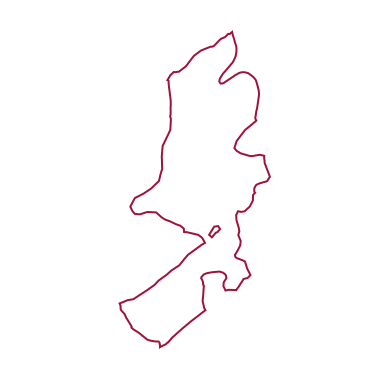 the district of Az Zaydiah, Al Hudaydah, Yemen, rotated 140°
{"feature_id": "15242507B8611350311836", "entity_name": "Az Zaydiah", "entity_type": "district", "adm_level": 2, "iso_a3": "YEM", "parent_name": "Yemen", "parent_adm1": "Al Hudaydah", "projection": "albers", "projection_center": [43.054, 15.3], "detail": "fine", "context": "isolated", "style": "outline", "palette": "rose", "viewbox_px": 384, "rotation_deg": 140, "n_neighbors": 0, "source": "geoboundaries", "source_scale": "gbopen_adm2", "svg_char_len": 4727}
<svg xmlns="http://www.w3.org/2000/svg" viewBox="0 0 384 384"><g transform="rotate(140 192 192)"><path d="M151.4,146.1L151.2,146.2L150.7,146.4L148.5,149.0L147.1,150.5L145.4,150.7L144.9,150.8L144.4,150.9L144.1,150.9L144.1,152.2L141.9,154.8L138.9,156.0L138.1,156.1L136.6,155.8L135.4,155.4L132.4,154.2L127.6,152.0L122.6,153.6L121.9,155.3L121.2,157.4L120.9,158.2L120.5,159.4L120.4,159.7L120.0,160.9L118.4,165.4L118.4,165.5L117.9,167.1L117.2,168.2L117.0,168.5L116.0,169.8L115.1,171.4L113.9,172.7L113.4,173.3L116.1,176.9L122.9,180.9L123.1,181.0L124.6,182.5L128.1,187.7L129.7,190.1L129.9,190.4L130.1,191.0L130.2,191.4L131.1,194.1L131.4,194.9L131.3,198.4L128.0,200.5L124.9,202.4L118.1,203.9L111.4,205.4L104.6,205.3L102.6,205.3L98.0,205.3L96.9,205.3L96.6,206.5L96.1,207.9L96.0,208.0L94.2,209.5L92.5,211.1L90.4,212.9L88.7,214.0L85.3,217.0L82.9,219.1L81.8,220.2L79.3,222.3L77.2,224.5L76.3,226.0L75.2,227.6L74.7,228.7L74.4,229.4L74.4,229.5L74.0,230.2L71.7,235.3L71.1,237.2L71.1,240.8L71.7,243.4L72.6,247.0L74.6,249.8L76.2,251.2L77.6,252.1L79.4,252.9L81.8,253.3L83.9,253.8L85.7,253.8L87.6,254.1L93.4,254.7L98.3,255.2L100.3,256.6L100.3,257.7L100.0,259.3L97.7,261.0L92.3,262.7L87.3,263.5L77.6,265.1L74.3,266.4L71.0,268.2L67.8,270.9L65.8,273.2L64.4,275.2L62.9,279.0L62.3,280.3L61.5,282.0L60.7,284.0L60.1,285.3L59.9,285.9L58.4,288.8L61.5,288.8L62.7,289.9L67.0,289.4L71.3,290.7L71.4,290.8L76.6,290.3L81.6,289.8L83.4,290.5L84.2,291.3L90.5,293.4L94.3,294.6L102.7,295.1L105.8,294.5L115.8,292.2L124.8,292.6L126.0,293.5L127.7,294.4L128.8,295.6L131.2,295.5L133.6,295.4L136.2,294.4L137.7,293.9L138.9,293.5L138.7,293.1L138.5,292.2L140.3,289.9L141.0,288.9L141.4,288.3L142.7,286.4L143.5,285.0L144.5,283.5L145.4,282.1L146.4,280.6L148.1,277.9L149.4,276.0L150.9,274.1L152.3,272.3L153.5,271.2L155.1,269.3L156.1,268.0L156.2,267.8L157.1,266.9L157.3,266.6L158.8,264.9L159.3,264.5L160.0,264.2L161.1,261.7L161.3,261.4L162.5,260.1L168.6,253.6L171.5,252.2L175.2,250.5L176.8,249.8L183.0,247.0L185.1,246.0L187.1,243.9L188.9,242.1L191.0,240.0L192.4,238.5L192.7,238.2L194.2,236.2L196.0,233.9L198.5,230.8L200.0,228.9L200.6,228.4L201.7,227.8L203.3,226.7L205.1,225.5L208.2,223.2L210.2,221.7L221.3,220.9L223.6,221.2L230.1,221.9L232.2,222.4L236.7,223.4L236.9,223.4L238.0,223.7L239.7,224.1L248.6,220.5L248.7,220.4L248.9,219.4L249.0,219.1L249.9,215.8L249.9,215.2L249.9,212.1L249.7,211.9L246.5,208.5L244.4,207.6L239.2,205.5L232.5,199.3L232.3,197.5L232.1,196.4L231.7,192.7L230.5,188.6L229.2,186.2L227.7,183.8L227.7,183.7L225.6,179.0L225.1,177.8L224.9,177.6L224.8,177.3L222.7,173.8L222.1,170.9L221.8,169.2L223.8,166.4L222.8,165.5L221.9,164.7L214.7,155.1L214.6,154.6L213.9,151.5L213.7,150.3L214.1,147.9L214.8,144.7L219.1,145.4L222.6,145.6L235.8,146.5L238.2,146.0L240.2,145.7L245.3,144.7L248.9,144.0L249.9,144.1L251.6,144.3L253.5,144.6L254.2,144.6L256.5,144.9L257.7,145.1L257.8,145.1L264.4,144.9L274.5,145.6L280.2,144.9L280.4,144.9L287.9,145.5L292.5,146.0L299.7,146.9L300.9,147.0L305.9,147.6L310.8,150.5L315.9,152.1L319.1,153.2L319.8,150.9L322.1,147.9L322.3,146.1L322.1,141.8L323.2,138.1L323.3,137.3L324.7,127.8L325.6,127.1L325.3,125.2L325.2,124.5L324.3,121.6L323.3,118.6L323.2,118.2L322.0,111.9L321.8,110.9L321.1,107.6L320.4,106.3L318.9,104.3L317.7,102.8L316.2,101.1L314.4,99.6L313.7,98.9L313.7,98.1L313.7,97.7L314.7,95.8L315.5,94.6L316.3,93.7L314.7,93.4L309.9,92.2L307.5,92.4L307.2,92.1L303.4,92.7L300.7,93.2L287.5,93.6L276.3,93.6L271.5,93.4L265.0,93.1L264.0,93.1L259.1,92.9L257.7,92.8L257.3,95.1L254.7,100.2L254.0,101.6L250.0,105.5L246.6,109.1L244.0,111.7L243.1,112.6L243.1,113.7L243.0,113.8L242.6,114.4L242.4,114.7L242.0,115.2L241.2,116.6L240.6,118.6L240.6,118.9L240.5,119.5L240.4,120.1L239.6,120.7L236.1,121.3L232.7,120.2L228.3,117.7L222.1,113.4L220.1,110.3L219.6,108.0L219.6,106.4L219.8,106.0L221.0,103.9L222.3,103.5L224.3,102.9L225.7,102.4L226.5,101.7L227.9,100.2L228.6,99.4L229.1,96.9L229.5,95.7L229.7,95.0L226.8,93.5L223.0,90.1L222.8,89.9L221.2,88.4L219.8,88.8L217.8,89.3L217.2,89.4L216.8,89.5L216.0,89.8L214.6,90.2L214.3,90.4L213.8,90.5L211.8,91.1L209.6,91.8L209.0,92.0L208.4,92.2L204.7,90.4L203.2,90.5L200.6,90.8L199.7,94.6L198.9,98.1L197.6,101.1L196.1,104.6L196.9,106.7L197.3,107.5L200.0,112.2L200.3,112.8L200.5,114.5L200.2,115.1L199.5,116.3L198.9,116.4L194.8,117.8L194.4,117.9L194.1,118.0L193.3,118.4L189.4,120.1L187.7,121.7L187.1,122.3L186.2,123.1L185.2,126.3L184.2,129.3L181.0,131.5L180.0,133.2L179.3,134.3L176.1,141.7L174.3,144.2L173.4,145.4L173.2,145.8L172.5,146.2L171.9,146.4L169.1,147.7L167.2,145.2L165.5,144.2L164.1,143.4L162.3,143.5L157.5,143.7L157.0,143.8L154.2,144.9L151.4,146.1ZM205.9,144.5L206.1,146.0L206.4,148.2L197.3,151.2L193.9,149.1L194.3,145.5L194.5,145.5L198.2,144.9L199.8,145.5L205.9,144.5Z" fill="none" stroke="#9f1239" stroke-width="2"/></g></svg>